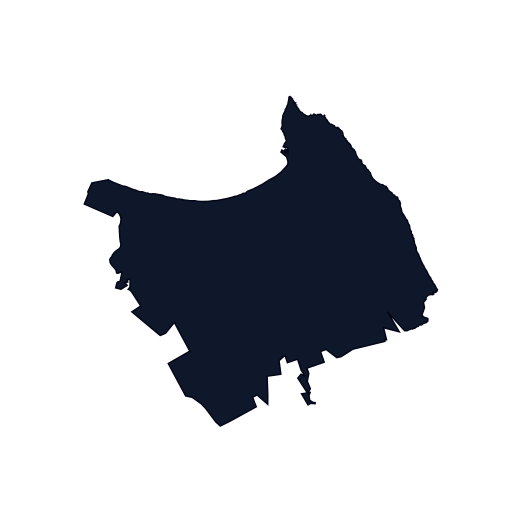 the district of Nelson Mandela Bay, Eastern Cape, South Africa, rotated 224°
{"feature_id": "47623444B28857154592205", "entity_name": "Nelson Mandela Bay", "entity_type": "district", "adm_level": 2, "iso_a3": "ZAF", "parent_name": "South Africa", "parent_adm1": "Eastern Cape", "projection": "orthographic", "projection_center": [25.553, -33.802], "detail": "fine", "context": "isolated", "style": "filled", "palette": "ink", "viewbox_px": 512, "rotation_deg": 224, "n_neighbors": 0, "source": "geoboundaries", "source_scale": "gbopen_adm2", "svg_char_len": 6123}
<svg xmlns="http://www.w3.org/2000/svg" viewBox="0 0 512 512"><g transform="rotate(224 256 256)"><path d="M101.9,357.7L105.1,358.4L105.6,358.8L107.9,359.5L110.4,359.7L111.0,360.3L113.5,360.7L115.6,361.7L116.4,361.6L118.4,362.1L123.0,363.8L126.6,364.6L128.8,365.6L129.5,365.6L134.6,367.4L135.3,367.9L136.6,368.5L137.4,368.6L140.4,370.2L141.4,370.3L143.9,371.0L146.0,372.6L146.4,373.2L150.6,375.1L153.7,377.4L154.6,377.4L154.6,377.9L155.2,377.6L155.4,378.4L155.9,378.3L156.1,378.1L156.4,378.7L157.0,378.8L157.1,379.3L157.9,379.2L158.4,380.0L159.4,379.9L160.6,380.6L161.1,381.4L163.6,382.1L166.7,384.5L167.8,384.9L168.6,384.8L169.2,385.3L170.3,385.7L171.9,386.8L173.0,386.6L176.8,387.8L181.8,388.9L183.1,390.1L183.7,390.3L184.9,391.2L185.7,391.3L186.7,392.1L187.3,392.2L188.4,393.9L191.0,395.3L192.6,395.1L194.4,396.1L194.8,396.6L196.0,396.1L196.7,395.4L197.2,395.4L198.5,396.0L199.0,395.6L200.2,395.1L202.0,395.8L203.4,395.6L203.7,395.3L206.9,395.3L207.6,395.5L208.4,396.1L209.8,396.1L211.0,396.4L212.6,395.3L213.8,395.4L214.0,395.1L214.7,395.1L215.4,394.3L217.0,393.7L221.7,392.8L223.9,392.9L224.9,392.7L228.4,393.5L231.9,395.3L233.4,395.2L235.1,395.8L236.3,395.4L238.7,396.0L239.7,396.7L243.2,395.9L245.3,396.9L245.7,397.5L246.2,397.3L246.9,398.0L247.5,397.5L248.4,397.5L249.1,397.0L249.4,397.0L249.5,397.4L249.6,397.0L250.6,396.9L251.6,397.6L254.2,398.1L254.5,398.5L256.0,399.3L256.6,399.9L257.5,399.9L259.2,400.6L260.4,400.2L261.3,400.6L261.8,400.1L262.4,400.2L263.3,400.5L264.0,401.2L264.8,401.3L265.5,401.7L266.2,401.4L267.0,401.9L267.5,401.5L269.5,401.7L270.0,402.0L270.3,401.6L270.5,401.8L270.8,401.6L272.5,402.3L272.5,402.6L272.8,402.7L273.4,402.6L273.8,402.2L275.0,402.6L275.7,402.5L275.9,402.8L276.6,402.9L277.2,403.5L278.1,403.8L278.8,404.7L281.2,405.5L281.7,405.2L282.9,405.1L283.3,405.3L284.1,405.1L285.2,405.5L285.6,405.3L286.2,405.4L287.0,404.9L287.1,404.5L286.8,404.3L286.9,404.0L287.4,404.1L288.2,403.6L288.9,403.6L290.1,404.1L290.6,403.7L293.3,403.2L293.9,402.5L294.8,402.2L295.4,402.5L296.7,402.2L297.6,402.7L298.4,402.8L298.7,402.5L299.2,403.1L301.0,403.1L301.5,403.5L302.7,403.6L303.5,404.0L304.0,404.7L304.6,404.7L304.5,403.8L305.1,402.9L305.9,402.7L307.6,403.0L308.2,402.6L308.6,401.8L309.1,401.6L309.3,401.0L310.1,400.4L309.8,399.6L310.0,399.0L312.3,398.7L312.6,398.2L313.0,398.1L312.9,396.5L313.3,395.9L313.6,395.8L313.4,395.6L313.6,395.2L314.0,395.0L314.5,395.3L314.4,394.8L314.7,394.6L314.9,393.6L315.2,393.2L316.9,391.9L318.5,391.5L318.9,391.7L320.3,391.0L322.4,391.2L323.0,391.0L323.1,390.7L325.1,390.6L328.7,391.5L329.6,391.2L329.8,391.5L330.7,392.0L332.1,391.8L332.1,392.3L332.5,391.9L333.7,392.0L334.0,392.4L333.9,392.9L334.1,393.1L333.7,393.2L333.8,393.6L334.5,393.1L338.0,393.7L338.4,393.9L338.7,394.3L340.2,394.3L340.6,394.0L341.4,394.5L342.4,394.3L342.5,393.9L341.7,393.2L342.0,393.1L342.5,393.5L342.6,393.1L342.1,393.0L341.3,391.3L340.6,391.0L340.1,389.6L338.3,387.1L338.1,386.0L337.1,383.9L336.6,381.5L335.9,380.8L335.0,377.8L334.0,375.3L333.2,374.6L331.3,371.7L329.1,369.2L328.5,369.0L327.6,368.0L326.6,365.9L326.5,365.2L326.2,364.9L325.3,365.1L323.2,364.2L321.2,363.8L319.8,362.8L317.7,362.2L316.9,361.3L314.3,360.2L313.7,358.5L313.6,356.9L312.6,354.5L312.5,353.7L312.9,353.2L311.5,354.0L311.1,353.9L310.1,354.6L309.7,354.9L309.6,355.3L308.4,356.0L306.7,354.6L307.7,354.0L307.2,353.9L306.1,354.2L306.2,353.9L305.7,353.9L305.3,353.3L309.0,352.8L309.0,352.0L306.0,352.2L304.0,351.3L305.1,350.9L311.0,350.2L310.2,348.1L302.8,348.6L298.5,346.1L296.8,344.0L296.4,341.4L296.2,333.5L297.3,326.3L299.5,319.4L301.5,310.9L302.0,310.0L303.2,306.0L304.0,304.3L304.0,303.5L307.1,296.6L307.2,294.6L306.1,293.5L307.8,293.2L308.9,291.9L309.3,290.0L310.5,288.0L311.3,285.9L312.8,284.0L313.8,282.0L316.6,277.4L323.2,268.0L324.4,267.0L328.5,261.9L333.5,256.9L336.4,254.5L338.1,253.5L342.6,249.2L343.9,248.6L344.5,247.9L347.7,245.6L348.5,245.4L349.3,244.5L351.0,243.6L351.3,242.9L353.5,241.5L354.6,241.2L357.6,238.9L359.2,238.1L360.2,237.2L364.3,235.0L365.2,235.0L365.8,234.2L366.2,234.3L367.0,233.9L368.6,232.6L369.6,232.1L370.1,231.5L371.7,230.7L372.6,229.6L373.1,229.5L374.0,228.6L374.2,228.0L376.2,226.4L377.6,226.1L378.7,224.9L381.7,223.6L382.7,223.0L383.6,222.0L385.3,220.9L387.9,220.0L391.2,218.2L396.9,216.0L398.8,215.1L400.2,213.9L402.0,213.1L409.7,209.9L414.3,208.4L415.1,208.4L424.8,194.6L421.6,185.4L419.7,184.2L415.6,174.1L386.5,185.0L386.9,191.5L383.6,191.3L380.7,190.2L378.6,188.7L376.2,185.5L375.0,182.3L366.7,174.6L363.2,171.8L361.4,170.7L360.0,168.8L359.7,168.2L359.5,166.1L360.3,162.0L360.3,159.4L360.0,157.1L359.3,155.4L359.1,152.7L358.4,151.6L356.2,149.9L353.7,149.3L347.3,148.7L346.0,148.1L344.6,147.0L344.0,147.1L343.1,148.1L341.6,151.4L340.4,150.1L336.4,143.8L336.4,142.8L337.5,141.2L337.5,140.4L334.8,135.6L330.0,138.3L328.3,145.4L331.9,145.8L330.2,148.2L332.5,149.8L331.5,150.9L331.2,150.7L330.4,151.8L325.5,146.6L325.0,145.8L324.8,143.3L322.6,144.0L320.5,143.8L304.2,140.0L306.5,129.6L269.7,132.3L267.4,137.7L268.6,151.5L237.5,141.6L244.4,117.7L209.4,106.5L203.7,110.0L192.8,111.7L186.4,111.4L169.6,108.7L163.6,108.9L160.1,118.7L151.1,147.7L160.3,152.0L158.7,156.8L144.6,157.5L150.9,164.1L164.5,177.3L156.0,188.2L166.7,196.7L166.3,202.8L165.8,204.5L159.3,201.1L154.4,210.7L144.3,205.3L136.7,203.5L141.5,202.3L141.1,197.2L123.9,193.2L127.5,188.5L115.2,185.1L114.2,188.1L110.9,190.8L111.6,191.6L113.2,190.3L117.2,189.5L121.0,192.5L122.3,195.5L123.8,194.6L124.8,198.3L132.1,201.5L136.5,208.2L141.5,210.7L133.2,227.0L143.3,232.1L140.6,237.5L127.4,239.0L124.9,242.6L121.6,256.3L104.0,284.2L104.8,284.9L104.9,285.3L103.9,286.4L114.4,293.0L100.3,301.0L122.8,307.2L97.2,305.5L95.5,307.1L95.1,308.0L95.1,308.6L94.1,310.3L94.0,311.2L92.8,312.1L92.2,313.6L91.7,314.1L91.2,316.9L90.4,318.3L90.8,319.7L89.0,321.5L88.7,323.9L87.5,326.0L87.3,326.8L87.2,328.4L88.1,329.6L89.0,330.4L94.0,328.1L94.2,328.7L95.0,328.6L95.4,328.3L98.9,335.9L103.3,338.9L103.6,343.2L104.6,343.4L105.2,346.0L104.9,346.3L105.0,347.5L103.2,350.1L102.3,350.6L101.6,351.9L101.8,352.3L102.9,352.6L103.3,353.1L101.5,354.6L101.4,356.3L101.8,357.0L101.9,357.7Z" fill="#0f172a" stroke="#020617" stroke-width="1.5"/></g></svg>